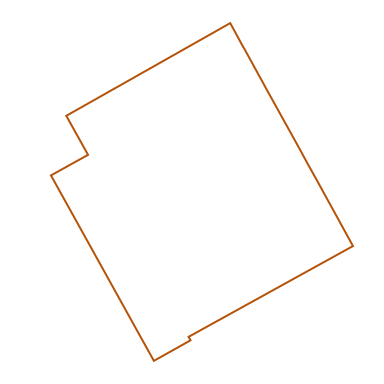 Barber, Kansas, United States of America, rotated 241°
{"feature_id": "52423323B11094144333814", "entity_name": "Barber", "entity_type": "district", "adm_level": 2, "iso_a3": "USA", "parent_name": "United States of America", "parent_adm1": "Kansas", "projection": "orthographic", "projection_center": [-98.676, 37.234], "detail": "fine", "context": "isolated", "style": "outline", "palette": "amber", "viewbox_px": 384, "rotation_deg": 241, "n_neighbors": 0, "source": "geoboundaries", "source_scale": "gbopen_adm2", "svg_char_len": 459}
<svg xmlns="http://www.w3.org/2000/svg" viewBox="0 0 384 384"><g transform="rotate(241 192 192)"><path d="M319.6,119.0L274.9,119.1L274.9,76.7L62.8,76.8L63.0,118.8L67.0,118.8L66.7,306.6L69.0,306.6L113.4,306.8L113.6,306.8L117.7,306.8L145.8,306.9L147.2,306.9L147.9,306.9L159.7,306.8L176.6,307.0L178.1,307.0L244.2,307.0L244.3,307.0L292.8,307.2L293.5,307.1L297.1,307.1L318.5,307.3L321.2,307.3L319.6,119.0Z" fill="none" stroke="#b45309" stroke-width="2"/></g></svg>